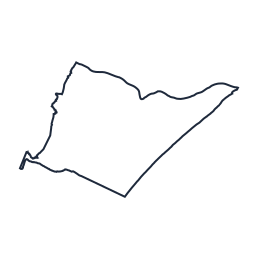 the district of Sitionuevo, Magdalena, Colombia, rotated 117°
{"feature_id": "7082276B53559247838582", "entity_name": "Sitionuevo", "entity_type": "district", "adm_level": 2, "iso_a3": "COL", "parent_name": "Colombia", "parent_adm1": "Magdalena", "projection": "mercator", "projection_center": [-74.637, 10.912], "detail": "fine", "context": "isolated", "style": "outline", "palette": "slate", "viewbox_px": 256, "rotation_deg": 117, "n_neighbors": 0, "source": "geoboundaries", "source_scale": "gbopen_adm2", "svg_char_len": 5579}
<svg xmlns="http://www.w3.org/2000/svg" viewBox="0 0 256 256"><g transform="rotate(117 128 128)"><path d="M80.4,114.3L80.7,115.9L81.8,118.1L83.3,119.0L85.3,120.6L85.9,121.3L86.8,122.7L87.9,123.7L89.5,124.8L92.0,126.0L93.4,127.0L94.0,127.3L94.7,127.4L95.0,127.6L95.7,128.3L96.1,128.9L96.2,129.2L96.2,129.6L96.0,130.2L95.6,130.6L95.2,131.1L92.7,133.1L91.0,134.3L90.3,134.9L89.5,136.0L88.9,137.5L88.4,139.7L88.2,141.2L88.2,143.0L88.5,146.9L88.5,148.9L88.2,150.3L87.5,152.5L87.2,153.6L86.9,155.2L86.8,156.9L86.8,158.7L87.1,159.8L87.6,162.7L88.4,171.0L89.0,174.1L89.9,176.5L91.0,178.6L92.6,182.0L93.3,184.4L93.5,185.8L93.4,187.6L93.1,188.9L92.5,190.5L92.4,192.4L92.5,198.0L92.8,199.4L93.0,199.8L93.1,200.5L93.1,203.9L93.8,203.9L98.7,204.3L99.9,204.8L102.2,204.9L102.6,204.8L102.8,204.6L103.0,204.5L103.4,204.6L103.7,204.8L104.0,204.6L104.0,204.4L104.2,204.1L104.5,204.0L104.7,203.6L104.9,203.7L105.3,204.0L105.9,204.1L106.1,204.1L107.1,203.8L107.4,203.8L107.8,204.0L109.1,205.0L109.3,205.1L109.6,204.9L110.0,204.2L110.4,204.1L110.8,204.3L111.3,204.6L111.8,204.6L113.2,204.5L116.6,204.6L118.3,204.5L119.3,204.1L122.0,203.2L125.5,202.4L127.9,202.2L128.1,203.3L128.5,204.2L129.0,205.0L129.6,207.1L129.9,207.6L130.0,207.7L130.5,207.7L130.9,207.2L131.0,206.9L131.2,206.6L131.2,206.3L131.6,205.3L132.5,204.8L132.9,204.7L133.4,204.6L134.3,204.8L134.5,204.7L134.8,204.5L135.2,204.8L135.6,205.1L135.9,204.9L136.2,204.7L136.5,204.4L137.4,205.2L137.9,205.2L138.1,205.1L138.6,205.2L139.0,205.5L139.3,205.5L139.6,205.5L139.9,205.6L140.2,206.0L140.5,206.2L141.5,206.1L142.6,205.6L142.8,205.7L143.3,205.8L143.5,205.0L143.4,204.5L143.8,203.9L143.9,203.5L144.3,203.0L144.5,202.3L144.6,202.1L144.7,201.9L145.1,201.8L145.1,201.3L145.0,201.1L145.0,200.7L145.3,200.6L145.7,200.4L145.8,200.2L146.0,200.1L145.8,200.0L145.7,199.7L145.9,199.3L146.4,198.8L146.7,198.6L146.9,198.7L147.6,199.5L147.9,199.8L148.0,199.8L148.4,199.4L148.8,199.7L149.3,200.6L151.0,199.8L152.5,199.3L155.7,198.7L157.3,198.3L158.6,198.1L158.9,198.0L159.4,197.7L159.6,197.2L161.4,197.1L162.7,196.5L170.0,193.9L185.3,193.7L189.1,194.9L189.9,195.1L190.1,195.1L190.9,195.8L191.6,196.1L192.2,196.0L192.7,196.2L193.1,195.9L193.0,196.1L192.9,196.2L192.8,196.3L193.0,196.4L193.2,196.5L193.6,196.5L193.8,196.7L194.3,196.5L194.5,196.3L194.6,196.6L194.9,196.5L195.3,196.5L195.7,195.2L195.8,195.3L196.0,196.1L195.9,196.5L196.1,196.6L196.1,196.9L196.3,196.8L196.4,197.0L196.6,197.1L196.7,197.3L196.8,197.2L197.0,197.3L197.2,197.6L197.2,197.8L197.4,197.9L197.4,198.0L197.6,198.1L197.7,197.8L197.7,198.0L197.8,198.1L197.8,198.3L198.0,198.4L198.1,198.6L198.1,198.8L198.4,198.9L198.3,199.4L198.2,199.4L198.2,199.7L198.1,200.0L198.1,200.9L197.9,201.4L197.0,202.2L196.5,202.9L196.5,203.5L196.2,204.4L196.0,204.6L195.7,204.5L195.5,205.5L195.7,206.1L195.3,206.0L195.2,206.1L195.4,206.1L195.3,206.4L195.5,206.7L195.4,207.0L195.5,207.5L213.8,205.9L213.7,205.9L213.4,205.6L212.7,205.0L212.6,204.7L212.8,204.3L212.7,204.1L212.5,203.8L212.3,203.7L212.1,203.6L211.4,203.6L210.9,203.6L210.1,204.0L208.4,204.1L204.7,204.8L203.9,204.8L202.7,204.7L201.9,204.4L201.8,203.9L201.6,203.4L201.7,203.0L201.9,202.5L202.0,202.4L202.1,202.1L202.2,201.2L202.3,200.8L202.2,200.2L202.0,199.8L201.9,199.4L201.9,199.0L201.8,198.8L201.9,198.3L201.8,198.2L201.8,197.9L201.7,197.4L201.5,197.2L201.4,196.7L201.2,196.6L201.1,196.3L200.9,195.7L200.9,195.3L200.7,194.7L200.5,194.3L200.3,193.6L200.4,193.0L200.3,192.1L200.0,191.5L199.8,190.5L199.9,189.7L200.1,188.8L200.1,188.1L200.2,187.4L200.3,186.4L200.2,185.8L200.2,185.2L200.3,184.7L200.4,183.8L200.3,182.9L200.5,180.4L200.3,179.8L200.5,179.5L200.6,178.6L200.5,178.1L200.5,177.8L200.5,176.5L200.4,176.4L200.3,174.7L200.2,174.5L200.1,173.5L199.7,172.6L199.5,172.0L199.5,171.9L199.2,171.8L199.1,171.6L198.8,171.4L198.8,171.1L198.4,170.3L198.2,169.7L197.8,169.2L197.4,168.5L197.3,168.4L195.9,166.7L195.5,166.6L195.4,166.4L194.9,166.0L193.7,165.4L193.7,165.2L193.4,165.1L193.3,164.9L193.0,164.0L192.8,162.1L192.5,160.9L192.6,160.3L192.5,159.8L192.5,159.6L192.5,158.4L192.1,157.9L191.8,157.7L191.5,157.0L191.6,155.1L191.8,153.5L191.9,152.5L192.2,150.7L192.3,149.8L192.1,148.2L192.0,147.9L190.7,99.6L186.4,98.9L179.6,97.5L171.1,95.5L170.4,95.2L165.6,94.2L160.9,92.9L159.6,92.4L156.3,91.5L154.7,91.0L152.4,90.3L151.7,90.1L149.4,89.6L147.0,88.8L146.2,88.7L145.3,88.3L144.7,88.2L142.8,87.5L141.8,87.2L137.0,85.5L136.2,85.3L134.1,84.3L132.6,83.8L131.7,83.4L130.7,83.0L128.7,82.2L126.3,81.4L125.0,80.8L124.3,80.8L123.8,80.5L123.3,80.5L122.8,80.4L119.9,79.1L117.6,78.3L115.1,77.2L113.8,76.8L112.3,76.2L110.6,75.7L106.3,73.8L103.3,72.6L102.2,72.1L99.1,70.9L93.7,68.5L90.8,66.8L85.8,65.0L84.0,64.2L83.3,63.7L82.6,63.5L82.0,63.0L81.2,62.8L78.4,61.4L77.6,61.0L77.3,61.0L75.8,60.3L74.1,59.6L72.2,59.3L70.9,58.9L69.3,58.2L68.8,58.1L67.9,57.8L66.3,57.1L65.7,56.9L65.7,56.7L65.6,56.9L65.2,56.9L63.5,56.6L62.0,56.5L60.5,56.2L58.5,55.3L58.6,55.1L58.5,55.3L58.1,55.2L56.3,54.4L54.1,53.2L53.1,52.8L51.1,51.4L50.3,51.0L50.0,50.7L49.9,50.8L49.9,51.0L49.6,51.3L49.2,51.3L48.3,51.3L46.4,50.2L45.2,49.2L45.0,48.9L44.3,48.3L44.1,48.3L43.4,48.5L43.3,48.3L42.2,48.3L42.4,49.4L43.2,51.4L43.6,53.3L43.9,55.2L44.4,60.0L44.6,61.4L44.9,62.6L45.4,64.0L46.3,65.7L47.2,67.3L48.2,68.7L49.9,70.6L51.8,72.2L52.6,72.8L54.9,73.9L56.4,75.2L57.3,75.8L60.7,77.6L62.1,78.4L63.3,79.4L65.1,81.4L66.0,82.3L66.7,82.8L68.6,83.8L69.3,84.3L70.3,85.4L72.1,86.8L74.0,88.8L76.5,91.8L78.1,94.1L78.9,95.8L79.7,97.8L79.9,99.0L80.1,100.8L80.8,103.2L81.0,104.2L81.0,104.9L80.9,106.3L81.0,107.4L80.6,109.3L80.4,111.3L80.4,112.9L80.4,114.3Z" fill="none" stroke="#1e293b" stroke-width="2"/></g></svg>